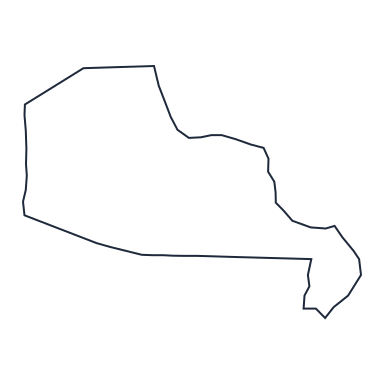 Carmópolis, Sergipe, Brazil (Robinson projection)
{"feature_id": "56859067B72449738877040", "entity_name": "Carmópolis", "entity_type": "district", "adm_level": 2, "iso_a3": "BRA", "parent_name": "Brazil", "parent_adm1": "Sergipe", "projection": "robinson", "projection_center": [-36.951, -10.667], "detail": "fine", "context": "isolated", "style": "outline", "palette": "slate", "viewbox_px": 384, "rotation_deg": 0, "n_neighbors": 0, "source": "geoboundaries", "source_scale": "gbopen_adm2", "svg_char_len": 796}
<svg xmlns="http://www.w3.org/2000/svg" viewBox="0 0 384 384"><path d="M292.4,220.8L283.4,210.4L275.8,202.7L275.6,192.5L274.3,181.7L268.1,171.7L268.5,158.7L263.6,147.9L250.8,144.5L235.1,139.0L221.6,135.1L211.5,135.1L200.9,137.3L188.9,137.9L177.5,129.8L170.8,117.1L164.4,100.3L158.7,85.6L154.0,66.0L117.9,67.1L83.4,68.2L24.9,104.5L24.5,115.1L25.8,130.9L26.4,148.9L26.0,164.0L26.8,175.7L25.8,189.8L23.0,201.7L24.5,215.3L96.5,243.1L110.3,247.0L141.8,254.8L152.5,255.2L163.1,255.2L173.2,255.7L186.1,255.9L198.1,255.9L212.1,256.3L231.5,256.9L311.3,259.1L307.9,275.0L309.4,286.3L304.5,295.6L303.6,308.6L315.9,308.6L325.1,318.0L333.7,307.1L348.1,295.6L361.0,275.0L359.1,259.1L353.5,250.8L342.3,237.2L334.6,225.9L325.7,228.5L310.7,227.4L292.4,220.8Z" fill="none" stroke="#1e293b" stroke-width="2"/></svg>